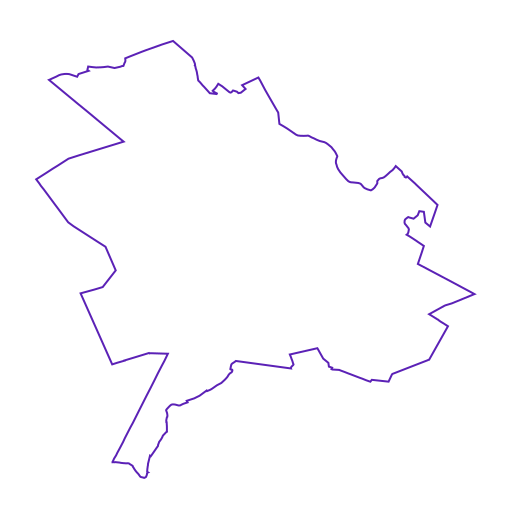 the district of Ciénega de Flores, Nuevo León, Mexico, rotated 268°
{"feature_id": "50627088B12014527787580", "entity_name": "Ciénega de Flores", "entity_type": "district", "adm_level": 2, "iso_a3": "MEX", "parent_name": "Mexico", "parent_adm1": "Nuevo León", "projection": "natural_earth1", "projection_center": [-100.2, 25.971], "detail": "fine", "context": "isolated", "style": "outline", "palette": "violet", "viewbox_px": 512, "rotation_deg": 268, "n_neighbors": 0, "source": "geoboundaries", "source_scale": "gbopen_adm2", "svg_char_len": 5954}
<svg xmlns="http://www.w3.org/2000/svg" viewBox="0 0 512 512"><g transform="rotate(268 256 256)"><path d="M146.3,425.4L179.1,445.4L182.6,440.3L183.9,438.3L185.2,436.6L186.0,435.8L186.0,435.6L191.8,427.0L195.6,434.5L199.7,442.6L200.1,443.6L201.8,450.0L210.1,472.4L210.3,473.0L212.7,469.0L228.9,441.0L235.4,429.7L242.4,417.5L253.8,421.8L260.2,424.1L262.1,421.5L264.9,417.6L265.2,417.3L269.3,411.5L270.4,409.9L272.0,407.3L272.8,408.3L274.1,409.0L275.8,409.4L277.2,409.7L278.4,409.4L281.8,406.9L283.0,405.9L284.2,405.6L285.3,405.7L286.2,405.8L286.9,406.1L287.5,406.5L288.1,407.3L288.7,408.1L289.3,409.0L289.6,409.5L289.2,410.4L287.8,414.8L291.0,419.0L295.1,420.8L294.3,425.3L283.5,426.4L279.4,431.0L292.8,436.2L300.7,439.2L322.2,418.1L322.6,417.8L330.2,409.9L329.9,409.7L329.2,408.6L329.9,407.3L330.3,407.3L330.9,407.1L331.3,406.8L331.6,406.3L333.3,405.3L335.4,404.6L341.0,398.8L339.9,398.0L338.8,397.1L337.1,395.5L336.2,394.2L335.2,392.8L334.3,391.8L333.0,390.3L331.2,388.1L330.0,386.3L329.8,385.6L329.6,385.1L329.3,383.0L329.1,382.5L328.7,381.7L327.5,380.6L327.0,380.0L326.4,379.8L324.5,379.8L323.8,379.4L323.2,379.0L321.4,377.7L320.5,377.1L319.9,376.5L318.9,375.3L318.5,374.8L317.6,373.1L318.7,369.7L320.1,366.9L321.0,365.9L323.2,364.2L324.2,363.4L324.8,362.5L325.4,360.8L326.2,355.1L326.3,353.6L326.8,352.1L327.6,350.8L329.7,348.8L333.5,345.7L336.6,343.2L340.0,341.1L342.4,340.1L343.4,339.9L344.6,339.6L345.8,339.2L347.0,339.1L348.0,339.2L348.8,339.3L350.1,339.7L351.3,340.1L352.5,340.7L353.0,340.7L353.7,340.4L356.9,338.9L358.2,338.1L360.0,336.7L362.1,335.2L365.2,331.7L366.5,330.0L367.4,328.3L368.7,323.7L370.1,320.6L371.5,318.1L372.6,315.7L373.4,314.4L374.1,313.2L374.5,312.2L374.4,310.4L374.4,307.9L374.6,304.6L375.0,302.0L375.9,300.2L382.3,291.6L384.7,288.0L387.2,284.0L398.5,283.2L398.8,283.1L400.2,282.3L402.8,280.9L413.9,275.0L421.7,270.9L431.2,266.3L434.3,264.6L427.2,248.1L423.3,251.4L419.7,246.5L419.4,244.1L420.8,242.8L421.7,240.4L422.2,238.8L420.8,237.5L420.5,237.1L420.3,236.6L420.2,236.2L420.4,235.7L420.7,235.1L426.8,228.1L429.4,224.3L426.6,222.4L424.7,220.8L423.2,219.1L422.6,218.5L421.8,219.3L421.0,220.5L419.8,222.6L419.5,222.5L419.3,222.3L419.2,222.0L419.4,221.3L420.3,215.5L421.9,214.2L426.9,210.0L428.4,208.6L429.7,207.6L431.6,206.1L433.4,204.4L436.3,204.0L437.8,203.9L439.4,203.6L441.9,203.3L444.4,202.7L445.6,202.3L446.4,202.2L447.6,202.0L448.3,201.7L448.6,201.5L449.0,201.8L450.5,201.6L453.3,200.6L456.6,199.1L473.8,180.6L470.7,169.6L465.6,153.5L464.1,149.0L462.3,143.9L460.0,137.4L458.1,132.2L455.9,132.3L455.2,132.2L454.6,132.0L453.4,131.3L450.6,130.1L450.5,128.7L449.9,127.1L448.8,121.2L450.5,114.6L450.1,110.3L450.0,107.6L450.0,102.8L450.5,99.0L451.2,94.9L450.3,94.7L448.8,94.2L447.8,94.0L447.5,94.4L446.9,95.2L444.1,85.2L443.9,84.9L442.9,84.4L441.8,83.7L441.4,83.5L442.8,79.7L443.5,77.9L444.0,76.5L444.3,75.6L444.5,74.0L444.6,73.2L444.6,70.9L444.2,67.6L443.6,65.5L442.3,62.8L440.2,57.7L439.6,56.4L439.2,55.3L414.2,83.4L406.5,92.2L397.2,102.6L377.7,124.5L374.9,127.7L362.9,83.0L359.8,72.0L353.3,61.1L350.4,56.0L346.3,49.2L340.3,39.0L336.2,41.9L333.6,43.5L330.0,46.2L314.6,56.8L310.3,59.8L300.4,66.6L296.2,69.5L295.9,69.9L292.1,74.7L275.3,98.9L270.5,105.9L246.5,115.3L230.3,101.7L228.1,93.3L224.8,79.4L152.7,108.5L154.2,113.8L156.0,121.0L156.2,120.9L158.7,130.4L162.8,145.7L162.4,146.2L162.5,146.4L162.5,147.7L161.4,164.5L159.1,163.3L154.2,160.7L149.9,158.2L142.1,153.8L135.4,150.2L127.4,145.8L120.3,141.8L105.2,133.5L93.5,127.1L89.3,124.6L78.4,118.5L74.8,116.7L68.7,113.2L64.1,110.5L61.6,109.2L58.5,107.1L56.4,106.1L55.2,105.4L54.9,105.4L54.9,105.6L54.9,106.8L54.8,107.1L54.9,108.6L54.8,109.0L54.3,112.6L54.2,113.0L54.1,113.3L54.0,113.6L53.6,116.3L53.5,117.5L53.4,118.2L53.3,118.9L53.3,119.5L53.4,120.0L53.3,120.5L53.2,121.6L52.8,122.2L52.5,122.5L51.6,123.9L50.7,125.2L50.5,125.4L50.3,125.5L50.0,125.6L49.8,125.6L49.5,125.7L48.7,126.3L48.1,126.5L46.7,127.4L45.7,128.0L44.8,128.7L44.1,129.2L42.3,130.8L40.5,132.0L40.0,132.3L39.5,132.7L39.3,132.9L39.2,133.2L39.0,133.7L38.8,134.5L38.4,136.0L38.2,136.3L38.2,136.5L38.2,136.9L38.9,138.0L39.1,138.4L41.2,139.3L42.3,139.5L42.5,139.5L42.9,139.7L43.1,140.0L43.4,140.3L43.5,140.6L44.1,139.8L44.3,139.7L45.2,139.8L47.0,140.0L48.7,140.3L49.4,140.4L50.6,140.7L52.0,140.8L60.1,143.1L59.5,143.8L60.9,144.9L64.5,147.6L68.3,150.4L69.0,151.0L69.6,151.4L70.0,151.5L70.6,151.5L71.2,151.8L71.8,152.0L72.4,152.3L73.0,152.5L73.4,152.6L74.8,153.7L75.8,154.5L77.0,155.3L78.4,156.1L79.4,156.5L80.0,157.0L80.4,157.3L80.9,157.9L83.0,160.0L83.4,160.8L83.5,160.9L84.4,160.8L85.1,160.9L88.8,161.0L93.0,160.9L93.1,160.6L95.0,160.6L97.9,161.3L98.1,161.4L98.3,161.7L99.4,161.9L101.0,161.8L102.3,161.6L104.9,160.8L105.3,160.9L105.6,161.1L106.2,161.6L108.4,163.8L109.5,165.0L110.3,166.1L110.5,166.8L110.6,167.5L110.6,168.1L110.4,169.8L110.0,171.2L109.3,173.4L109.3,174.4L109.4,175.2L109.9,176.1L110.6,177.7L110.9,178.5L112.1,182.5L113.7,181.7L115.9,189.4L116.8,191.3L118.3,194.7L123.3,202.0L122.7,202.4L123.6,204.8L124.1,206.0L125.0,207.6L128.2,212.5L130.3,216.9L133.4,220.5L135.1,222.2L136.1,223.1L136.8,223.6L138.2,224.5L139.4,225.6L139.9,226.3L140.4,227.2L140.7,227.6L141.1,227.9L141.5,228.1L142.0,228.3L142.4,228.4L142.8,228.4L143.0,228.3L143.2,228.2L143.3,227.9L143.3,227.6L143.3,227.3L143.6,226.7L143.8,226.5L143.9,226.4L144.1,226.5L146.4,227.0L148.5,227.6L149.4,228.5L150.9,231.0L151.8,232.2L142.4,287.0L142.7,286.9L143.1,287.0L143.6,287.2L144.2,287.7L145.8,289.4L146.1,289.6L146.4,289.7L146.6,289.6L147.8,289.2L150.1,288.6L152.0,287.9L153.1,287.6L156.4,286.4L156.5,287.0L161.7,314.1L160.8,314.6L151.1,319.6L146.7,324.6L142.9,325.0L141.7,328.2L140.3,327.5L139.9,328.4L139.4,333.6L139.3,334.9L139.2,335.1L139.2,335.3L138.6,336.6L137.0,340.5L135.3,344.4L134.7,345.9L133.0,349.9L130.6,355.6L129.7,357.9L128.0,361.7L126.9,364.5L126.4,365.9L128.2,367.4L125.8,384.1L133.0,387.8L133.4,388.3L139.8,406.6L145.9,424.1L146.2,424.6L146.2,425.0L146.3,425.4Z" fill="none" stroke="#5b21b6" stroke-width="2"/></g></svg>